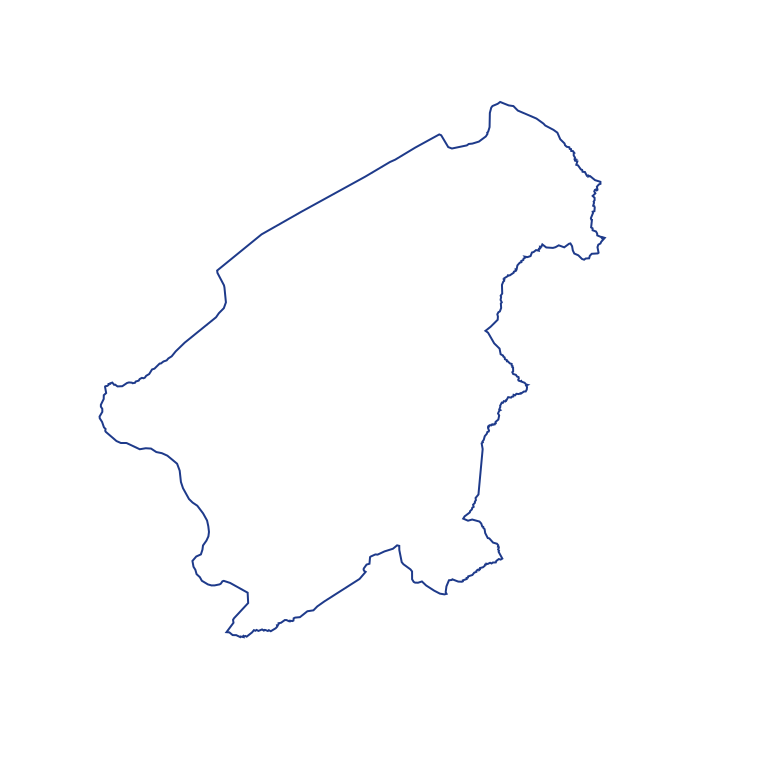 Sawla-tuna-kalba, Northern, Ghana (orthographic projection), rotated 338°
{"feature_id": "2480657B66384530229883", "entity_name": "Sawla-tuna-kalba", "entity_type": "district", "adm_level": 2, "iso_a3": "GHA", "parent_name": "Ghana", "parent_adm1": "Northern", "projection": "orthographic", "projection_center": [-2.328, 9.481], "detail": "fine", "context": "isolated", "style": "outline", "palette": "blue", "viewbox_px": 768, "rotation_deg": 338, "n_neighbors": 0, "source": "geoboundaries", "source_scale": "gbopen_adm2", "svg_char_len": 6166}
<svg xmlns="http://www.w3.org/2000/svg" viewBox="0 0 768 768"><g transform="rotate(338 384 384)"><path d="M326.5,199.4L271.8,216.3L271.2,218.6L272.6,232.6L272.2,234.8L268.0,249.1L263.9,253.7L257.4,256.5L253.3,259.2L214.7,271.0L203.1,275.7L197.5,278.8L193.6,279.5L191.3,280.7L188.0,280.5L184.8,281.4L183.6,281.0L176.9,283.8L174.4,283.6L170.0,286.8L166.6,287.3L164.7,288.5L163.2,288.6L161.8,287.6L159.3,287.9L157.8,289.0L154.7,288.7L153.5,289.6L151.2,289.1L150.7,288.3L148.1,287.0L146.1,286.8L140.5,288.0L136.0,286.4L134.5,283.9L133.5,283.7L132.6,280.9L130.4,280.8L130.2,281.3L128.6,280.8L128.2,281.7L126.8,282.1L124.8,281.7L124.3,282.1L123.0,288.3L120.0,289.4L118.5,292.9L113.7,297.2L113.0,299.0L113.5,301.5L112.4,304.3L108.1,307.6L107.6,309.3L108.4,313.6L108.1,319.3L109.0,321.4L108.0,323.0L108.1,324.1L114.6,336.7L117.9,340.1L123.2,342.3L133.1,353.0L139.0,354.3L143.8,356.6L147.4,361.8L152.1,364.9L156.3,369.3L162.3,380.4L162.1,387.8L159.0,398.8L158.6,405.3L160.1,417.6L162.1,422.2L165.3,426.9L167.8,436.2L168.8,444.3L167.8,450.1L166.3,455.6L164.1,459.5L160.7,462.7L155.7,465.9L153.6,469.6L150.4,473.4L145.3,473.6L140.1,476.3L138.9,482.1L139.5,485.6L139.0,490.1L140.9,494.1L141.4,498.2L145.7,503.9L148.7,506.2L151.6,507.3L156.5,508.2L157.9,508.0L160.3,506.4L161.7,506.5L166.8,510.8L179.4,526.4L176.0,536.2L157.2,545.0L155.7,546.1L155.0,549.0L145.0,555.1L147.6,556.4L149.6,560.1L152.9,561.5L155.9,564.8L156.4,564.4L158.7,565.9L158.6,565.1L159.3,564.9L159.4,565.5L161.1,565.7L162.0,566.8L168.6,564.9L171.2,563.5L172.3,564.6L173.7,564.3L175.1,565.9L179.0,565.9L180.2,567.6L180.9,567.2L181.8,567.6L183.8,569.5L185.0,569.1L186.4,570.8L192.1,569.9L194.2,568.9L194.4,567.7L195.1,568.0L196.3,567.2L196.6,566.3L199.1,566.8L203.6,565.7L205.1,566.3L207.2,568.5L207.9,568.8L208.2,568.3L210.3,569.5L211.4,569.4L212.5,567.4L214.1,567.3L218.7,568.7L227.8,566.0L233.8,567.4L238.9,565.2L247.4,563.2L288.3,555.6L296.6,551.3L295.7,550.1L295.5,548.6L296.1,547.5L300.2,544.9L303.2,545.2L306.2,539.3L307.1,539.0L312.1,538.8L314.2,539.8L321.7,539.4L330.6,540.1L335.7,538.5L337.5,539.8L336.0,543.7L333.7,555.8L334.5,558.4L339.1,565.8L339.8,568.3L336.9,575.6L337.4,578.6L338.4,579.8L341.1,581.0L345.2,581.3L347.6,586.6L353.1,594.4L357.3,599.3L361.2,601.7L363.4,602.0L363.2,600.1L366.1,595.0L370.7,590.3L373.4,591.1L374.2,590.7L378.8,595.0L382.1,596.5L383.2,596.5L383.5,595.6L387.6,595.8L387.9,594.8L389.4,594.9L390.0,593.9L394.4,594.2L397.0,592.7L399.3,592.8L399.7,591.9L401.2,591.3L402.7,591.5L402.6,592.1L403.7,591.7L404.1,590.6L407.1,591.0L409.3,590.3L410.1,589.3L411.0,589.6L411.5,588.9L412.7,589.7L415.4,589.5L416.5,590.7L418.0,590.3L420.8,591.3L421.9,590.1L424.9,589.3L426.4,590.5L428.3,590.2L427.4,582.5L428.2,581.7L427.8,580.2L429.1,578.9L429.3,577.9L428.7,577.5L429.5,576.3L428.9,574.4L425.7,571.9L423.8,566.6L422.5,565.7L422.0,560.1L422.9,556.2L422.2,554.7L422.5,553.6L421.7,552.9L421.9,549.8L421.0,547.3L415.0,542.7L410.7,542.2L407.0,538.5L409.2,536.9L415.5,535.2L416.1,534.2L418.5,533.2L419.5,531.8L421.1,531.5L421.4,529.3L423.8,528.2L424.2,527.1L425.7,526.1L426.2,524.0L430.2,521.8L451.1,481.3L452.3,475.6L453.8,475.1L453.7,474.3L455.6,473.1L457.9,470.1L460.6,468.7L461.9,467.2L463.2,467.3L463.9,466.6L464.0,463.6L464.7,462.3L465.4,462.1L465.5,462.6L466.4,461.8L467.9,462.5L468.4,461.9L469.4,462.0L469.6,462.6L471.5,462.9L471.7,462.2L472.9,462.3L473.3,460.9L476.7,459.8L479.0,456.3L478.7,454.0L480.9,451.9L482.1,451.8L481.4,450.7L483.3,448.8L483.5,447.7L486.2,445.4L487.1,446.0L488.6,444.8L489.9,445.6L490.6,444.9L491.0,445.3L494.2,442.7L496.7,444.2L497.8,443.7L499.2,444.0L500.1,442.6L501.3,443.6L503.1,442.7L505.2,443.8L507.3,443.7L507.4,444.2L510.9,443.4L512.6,444.0L514.3,442.6L515.5,440.4L515.2,438.7L516.8,438.6L515.6,437.7L514.8,435.5L512.4,433.3L512.4,432.6L511.7,432.7L510.1,431.3L510.0,430.4L511.1,429.3L511.3,427.9L510.2,427.0L509.7,424.9L507.5,423.1L507.4,421.1L508.5,420.6L509.8,417.2L509.3,416.6L509.9,415.6L509.3,414.8L509.9,413.2L508.4,412.0L507.3,409.4L506.5,409.0L506.9,408.0L505.4,406.3L505.8,404.6L504.9,403.2L505.1,402.3L503.3,400.1L504.4,394.5L501.4,387.6L499.7,375.4L498.0,372.7L504.2,370.9L513.5,367.0L514.9,364.1L515.2,361.8L517.0,360.3L518.6,360.1L521.1,357.4L522.5,353.1L523.8,352.4L523.6,349.7L525.2,347.2L525.2,345.9L527.5,344.4L530.5,336.3L532.9,333.8L534.0,333.4L534.2,331.8L534.8,332.0L535.1,331.0L539.3,330.3L539.6,329.7L541.3,330.4L545.9,329.4L546.5,328.5L548.3,328.5L548.9,327.2L549.4,327.9L549.9,327.4L552.1,324.0L555.3,322.4L557.0,322.5L557.3,321.4L559.6,321.2L560.4,320.0L562.6,319.7L562.3,318.7L564.6,320.1L567.8,320.3L570.4,317.5L572.1,317.7L575.1,316.8L577.5,318.4L577.7,317.3L579.2,316.9L578.9,316.4L579.9,316.1L580.1,315.1L581.3,315.7L583.1,313.9L585.6,318.2L591.6,321.1L594.2,321.4L598.0,320.9L602.3,324.8L608.1,323.3L609.5,323.5L610.0,326.7L609.1,330.9L609.3,334.3L612.4,337.5L614.4,342.2L616.1,343.7L618.0,343.2L621.3,344.3L622.9,342.2L625.4,341.1L631.1,343.0L632.1,342.7L633.2,337.1L634.9,335.1L637.3,334.8L638.7,333.5L643.4,331.2L641.3,329.5L640.7,330.3L640.3,329.0L637.4,326.1L638.0,324.3L637.7,322.0L635.0,319.6L635.7,317.8L634.7,316.4L638.3,309.7L637.8,309.3L637.9,307.8L641.8,303.8L642.0,302.4L643.8,302.6L645.5,299.3L645.6,297.9L644.7,297.1L646.6,294.7L646.7,293.4L648.1,292.5L649.0,290.2L647.9,287.8L651.4,286.4L651.1,284.2L652.2,283.1L653.2,283.0L653.8,284.2L654.7,283.9L655.3,280.8L657.9,279.5L659.7,279.5L660.4,277.6L656.0,274.0L653.0,268.5L651.3,268.2L651.8,267.5L651.5,267.1L650.1,266.9L649.7,262.7L647.6,261.6L647.9,259.7L646.9,258.8L645.8,254.0L644.4,252.8L646.7,250.0L644.7,248.4L645.0,247.4L645.7,247.4L645.0,246.8L645.9,245.6L645.5,243.2L646.4,241.0L647.0,241.0L646.4,238.8L644.9,238.1L645.4,236.3L644.3,235.6L644.5,233.9L642.3,232.5L641.3,230.4L641.5,228.6L639.1,223.1L638.9,215.9L636.3,211.8L630.3,204.7L629.4,202.3L624.8,195.0L610.5,180.6L608.1,174.8L604.0,172.4L597.3,166.0L594.4,166.8L588.7,166.9L587.0,167.9L583.7,172.3L578.1,185.4L575.1,189.1L573.8,189.7L573.7,190.8L571.2,192.6L562.8,194.8L556.0,194.2L552.5,193.2L550.2,193.8L535.2,191.1L532.3,188.4L530.2,174.8L528.7,173.3L501.6,176.5L478.4,180.2L472.7,180.4L444.4,184.7L372.1,193.3L326.5,199.4Z" fill="none" stroke="#1e3a8a" stroke-width="2"/></g></svg>